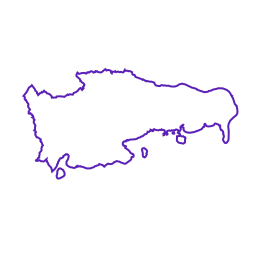 outline of East Santo, Sanma, Vanuatu, rotated 96°
{"feature_id": "77236927B80852571944001", "entity_name": "East Santo", "entity_type": "district", "adm_level": 2, "iso_a3": "VUT", "parent_name": "Vanuatu", "parent_adm1": "Sanma", "projection": "mercator", "projection_center": [167.067, -15.142], "detail": "fine", "context": "isolated", "style": "outline", "palette": "violet", "viewbox_px": 256, "rotation_deg": 96, "n_neighbors": 0, "source": "geoboundaries", "source_scale": "gbopen_adm2", "svg_char_len": 5880}
<svg xmlns="http://www.w3.org/2000/svg" viewBox="0 0 256 256"><g transform="rotate(96 128 128)"><path d="M179.2,198.9L176.4,196.5L173.9,195.1L172.6,194.7L171.5,194.7L170.7,194.0L168.7,193.9L167.8,193.1L167.2,193.2L165.2,192.2L165.2,191.4L164.1,189.7L163.6,189.3L162.8,189.5L161.4,187.9L161.3,187.3L160.7,187.2L160.4,185.9L161.0,184.7L162.1,184.0L165.0,184.3L168.2,185.7L170.8,185.3L172.1,183.7L173.1,181.2L173.0,179.6L173.4,178.0L173.0,176.4L171.7,175.3L172.2,175.1L171.8,174.4L170.9,174.3L170.8,174.0L171.5,173.4L171.0,171.5L171.3,171.3L171.3,169.6L172.5,164.7L172.1,161.3L170.4,157.7L169.5,156.9L168.0,153.4L166.9,152.9L167.5,149.4L168.8,147.9L168.9,147.3L167.8,146.8L165.6,144.3L165.8,142.0L165.3,140.1L163.7,138.3L163.3,138.1L163.3,137.7L162.1,135.9L162.4,133.0L163.0,131.6L163.9,127.7L163.7,126.6L159.3,121.8L158.4,121.5L156.6,121.4L156.1,119.7L154.5,119.5L153.7,119.9L153.6,120.6L153.1,121.0L153.2,121.7L152.5,122.9L151.0,124.0L149.8,125.5L148.1,128.7L147.2,128.8L147.0,128.2L146.4,128.1L145.9,129.7L146.1,130.6L145.1,131.4L143.6,131.6L142.8,131.4L141.8,130.6L141.8,129.9L141.3,129.3L141.5,128.7L140.3,128.2L140.5,127.2L140.0,127.0L140.2,126.1L139.5,125.5L138.4,119.5L137.7,117.9L136.6,116.7L136.1,114.9L135.2,114.1L134.7,112.7L133.4,111.3L132.7,110.9L131.9,109.0L130.4,108.2L129.9,107.4L129.6,107.6L129.5,106.4L128.5,105.8L128.5,105.2L127.4,105.3L127.8,104.2L127.6,103.5L129.1,102.5L127.2,102.8L126.4,101.9L126.9,101.0L127.2,97.6L126.4,96.0L126.6,94.8L125.9,94.4L126.3,93.8L126.2,92.4L126.6,91.4L127.2,91.1L129.0,91.2L128.7,90.4L130.6,88.7L130.3,88.1L129.8,88.0L129.1,89.0L128.7,89.1L128.2,88.8L127.3,88.9L126.6,88.1L126.1,86.5L126.4,85.9L126.3,85.1L125.7,84.3L125.9,83.6L125.3,81.9L125.5,81.3L124.4,80.0L124.7,78.4L125.2,77.6L125.9,77.3L125.6,76.2L123.8,75.3L122.2,75.9L121.9,75.6L121.1,75.8L119.4,74.1L119.3,73.5L118.2,72.9L121.2,74.4L121.6,74.0L122.1,72.7L124.0,72.5L124.7,72.1L125.5,71.0L126.2,69.2L126.3,65.8L125.5,63.7L125.6,63.1L124.2,59.8L123.8,59.5L123.5,58.3L121.3,54.5L119.1,53.3L119.0,52.6L117.5,52.3L116.3,52.4L115.8,51.9L116.3,51.2L117.8,50.3L118.1,48.5L117.6,46.0L116.5,43.2L115.8,42.6L114.7,42.2L114.4,41.4L115.0,38.9L115.2,38.2L116.0,37.7L115.8,36.7L116.7,36.4L118.0,36.5L120.2,35.4L120.1,34.8L121.7,33.0L123.0,32.9L123.5,32.5L124.2,32.7L126.0,31.7L129.5,32.3L130.3,32.1L132.6,30.3L132.6,28.6L130.6,27.2L128.6,26.8L120.4,27.5L116.1,28.5L113.8,28.4L110.1,27.2L106.1,23.9L104.4,22.0L102.2,20.8L99.6,20.9L96.1,21.8L95.5,22.3L94.7,22.2L93.1,24.2L87.2,26.8L86.0,27.9L85.2,27.7L84.6,28.8L82.4,30.2L81.2,31.5L79.8,33.9L78.7,37.7L79.0,42.4L79.8,43.9L80.9,47.5L82.2,49.3L82.7,51.4L83.6,52.4L84.4,55.6L83.3,60.8L82.5,63.6L82.1,63.7L81.7,64.9L81.1,68.8L78.5,76.1L78.5,77.5L78.2,78.6L79.3,81.7L80.7,83.2L81.9,85.8L82.2,89.5L81.7,92.1L82.0,94.4L81.8,96.2L82.1,97.4L81.8,98.7L82.2,99.8L83.0,100.8L82.9,104.2L82.6,105.0L80.7,106.5L80.1,106.6L79.5,109.6L79.6,111.8L79.3,113.6L79.6,114.6L79.2,114.8L79.3,115.6L78.1,117.9L78.6,118.4L77.9,119.8L76.4,125.9L74.5,127.0L74.6,128.3L74.3,129.1L71.9,130.0L71.2,132.2L71.5,133.4L71.1,134.5L71.4,136.3L70.4,137.2L73.0,138.3L73.3,139.2L72.9,140.9L73.4,142.3L72.9,143.9L73.7,145.7L72.8,146.7L73.6,147.6L73.6,149.4L75.3,149.8L74.7,150.6L73.4,150.8L72.7,151.4L72.4,153.9L73.0,155.4L72.4,155.6L72.4,156.3L71.9,156.8L75.5,160.3L75.6,162.8L75.3,164.1L74.8,164.5L74.8,166.1L75.7,166.2L75.6,166.8L76.5,167.9L75.7,169.2L75.4,170.8L76.7,172.3L76.6,173.0L77.1,173.5L76.9,174.3L78.0,174.9L78.2,176.0L77.7,176.8L78.2,179.6L79.3,182.4L78.2,184.1L80.6,184.9L82.0,184.5L84.3,181.1L84.9,180.9L85.4,180.3L86.3,180.3L86.3,179.6L87.4,178.7L88.2,176.9L89.4,175.9L90.2,176.4L90.7,176.1L91.8,177.1L93.1,176.3L95.0,177.6L94.5,178.2L93.5,178.5L93.2,179.5L94.7,181.0L95.9,181.6L97.5,183.1L98.9,185.7L100.6,186.4L100.6,189.7L101.5,190.7L101.0,191.5L103.7,194.6L103.5,196.0L103.7,197.3L103.5,197.9L103.9,201.4L104.2,202.3L105.1,202.5L105.7,206.0L105.3,206.5L105.6,207.0L104.0,207.6L102.9,209.1L102.4,209.8L102.0,212.3L100.9,213.2L100.7,214.3L99.7,215.4L101.6,216.7L101.2,217.5L102.5,218.5L102.8,219.7L103.6,219.9L104.6,220.8L103.6,221.3L103.1,222.1L101.7,222.4L100.3,224.2L98.9,224.9L95.5,228.1L96.9,229.2L98.1,230.7L102.7,232.5L107.0,235.2L107.1,234.8L108.2,233.8L109.7,233.9L110.3,233.1L110.9,233.0L111.2,232.7L111.1,232.2L111.7,232.1L112.4,231.3L113.3,230.9L114.2,229.7L115.3,229.4L115.9,229.8L117.5,229.4L119.9,227.4L121.9,228.5L123.9,228.3L124.1,227.9L123.5,226.8L123.8,226.2L124.6,225.6L124.7,224.9L125.3,224.7L125.8,223.8L126.8,223.4L127.5,224.2L127.9,223.0L128.9,222.8L129.6,221.8L130.2,221.9L130.7,222.4L132.5,222.3L135.3,220.3L136.9,220.6L138.9,220.3L140.2,221.0L140.6,220.0L141.7,219.1L142.6,219.8L143.6,219.4L144.4,219.5L146.7,217.9L146.7,217.1L148.4,213.6L150.0,213.8L150.3,213.0L151.1,213.0L151.6,212.2L153.0,211.8L154.1,210.8L155.7,211.8L156.3,211.6L157.4,212.0L159.4,211.6L162.0,213.4L164.0,213.1L164.7,213.4L166.7,213.2L167.1,214.2L169.0,215.1L169.8,216.2L170.2,216.0L170.1,214.3L169.3,212.6L170.1,211.2L170.1,208.4L169.1,206.7L168.4,206.7L167.5,205.8L168.7,205.9L169.4,205.0L170.6,204.8L171.2,203.9L172.9,203.2L175.6,200.1L179.2,198.9ZM184.8,193.4L185.4,192.9L185.6,192.1L185.0,190.3L182.8,187.0L181.3,186.1L179.1,186.5L176.6,188.1L175.3,190.8L175.2,191.4L176.0,192.7L178.5,193.8L181.0,193.6L183.2,194.0L184.8,193.4ZM129.1,75.5L130.6,76.1L131.1,78.4L135.4,78.1L136.7,77.0L137.4,75.5L137.7,71.2L136.5,69.9L135.5,69.8L133.1,70.2L132.1,69.7L131.1,70.5L130.9,71.7L130.5,72.1L130.7,74.0L130.1,75.0L129.1,75.5ZM147.4,107.9L146.3,109.9L146.8,111.4L148.0,111.9L151.3,110.7L154.3,110.3L155.0,109.8L155.5,108.4L154.5,107.4L152.1,106.5L151.4,107.1L149.6,106.5L148.5,106.8L147.4,107.9ZM129.6,91.5L130.1,92.2L131.5,91.9L131.1,91.1L130.2,91.1L129.6,91.5ZM127.6,81.9L128.0,83.0L128.5,83.2L128.8,82.9L128.9,81.6L128.5,81.4L127.6,81.9ZM126.9,77.4L126.9,77.8L127.5,78.0L128.1,77.1L127.7,76.8L126.9,77.4Z" fill="none" stroke="#5b21b6" stroke-width="2"/></g></svg>